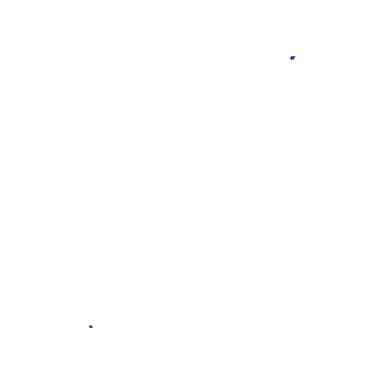 outline of Unincorp. Other Territories, Jervis Bay Territory, Australia, rotated 151°
{"feature_id": "25037944B57060386363407", "entity_name": "Unincorp. Other Territories", "entity_type": "district", "adm_level": 2, "iso_a3": "AUS", "parent_name": "Australia", "parent_adm1": "Jervis Bay Territory", "projection": "albers", "projection_center": [162.065, -32.098], "detail": "fine", "context": "isolated", "style": "filled", "palette": "blue", "viewbox_px": 384, "rotation_deg": 151, "n_neighbors": 0, "source": "geoboundaries", "source_scale": "gbopen_adm2", "svg_char_len": 1137}
<svg xmlns="http://www.w3.org/2000/svg" viewBox="0 0 384 384"><g transform="rotate(151 192 192)"><path d="M37.5,261.5L37.5,261.4L37.8,261.2L38.1,261.0L38.4,260.9L38.5,260.9L38.8,260.9L38.9,261.0L39.0,260.9L39.1,261.0L39.3,261.2L39.2,261.3L39.3,261.3L39.2,261.3L39.3,261.4L39.2,261.4L39.3,261.4L39.2,261.5L39.3,261.6L39.4,261.4L39.5,261.4L39.5,261.2L39.8,261.0L40.0,261.1L40.2,260.9L40.3,260.9L40.2,260.8L40.3,260.8L40.3,260.7L40.3,260.4L40.3,260.2L40.3,259.9L40.2,259.9L40.1,260.0L39.9,260.2L39.7,260.2L39.4,260.0L39.3,259.9L39.3,260.0L39.2,260.0L38.5,259.9L38.5,260.0L38.4,260.2L38.3,260.3L38.2,260.5L37.9,260.7L37.7,260.6L37.4,260.6L37.5,260.7L37.4,260.7L37.5,260.8L37.6,261.0L37.5,261.3L37.5,261.5L37.5,261.5ZM345.4,123.6L345.4,123.8L345.5,123.8L345.5,123.7L345.7,123.8L345.8,123.8L345.7,123.7L345.8,123.8L346.0,123.8L346.0,123.7L346.3,123.8L346.3,123.7L346.5,123.6L346.5,123.4L346.5,123.2L346.4,123.1L346.2,123.0L346.1,122.9L345.9,122.7L345.7,122.6L345.4,122.5L345.3,122.4L345.2,122.4L345.2,122.5L345.2,122.8L345.2,123.0L345.1,123.3L345.2,123.5L345.3,123.6L345.4,123.6Z" fill="#3b82f6" stroke="#1e3a8a" stroke-width="1.5"/></g></svg>